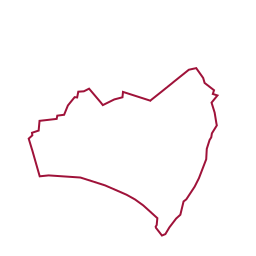 the district of Brunswick, North Carolina, United States of America, rotated 25°
{"feature_id": "52423323B12833551098527", "entity_name": "Brunswick", "entity_type": "district", "adm_level": 2, "iso_a3": "USA", "parent_name": "United States of America", "parent_adm1": "North Carolina", "projection": "equal_earth", "projection_center": [-78.244, 34.108], "detail": "fine", "context": "isolated", "style": "outline", "palette": "rose", "viewbox_px": 256, "rotation_deg": 25, "n_neighbors": 0, "source": "geoboundaries", "source_scale": "gbopen_adm2", "svg_char_len": 893}
<svg xmlns="http://www.w3.org/2000/svg" viewBox="0 0 256 256"><g transform="rotate(25 128 128)"><path d="M158.5,49.5L149.8,67.1L149.2,68.4L142.9,81.2L136.7,93.6L136.7,93.8L108.2,97.4L110.0,102.5L103.5,107.9L95.5,117.9L92.6,116.4L76.1,108.8L72.5,113.4L67.6,116.1L69.0,121.8L66.6,122.6L64.0,133.0L64.5,143.0L58.7,146.7L59.5,149.9L44.8,158.9L48.1,168.1L43.0,172.9L44.4,175.1L42.5,179.6L49.4,187.3L50.7,188.7L59.1,198.4L68.4,209.1L76.1,204.5L105.8,193.0L131.5,189.7L154.9,189.1L164.6,189.8L174.5,191.7L192.7,197.3L195.0,203.8L194.8,205.8L195.6,206.7L204.2,211.1L206.7,208.4L207.5,200.6L209.9,189.7L212.1,184.5L209.4,171.1L211.0,168.0L213.2,153.0L213.5,143.5L212.1,123.3L208.2,113.6L207.0,104.3L207.4,101.3L206.3,97.4L207.4,88.1L206.2,86.5L200.0,77.4L193.0,69.7L195.3,60.7L190.5,61.3L190.0,57.4L178.4,54.8L175.0,50.9L164.5,44.9L158.5,49.5Z" fill="none" stroke="#9f1239" stroke-width="2"/></g></svg>